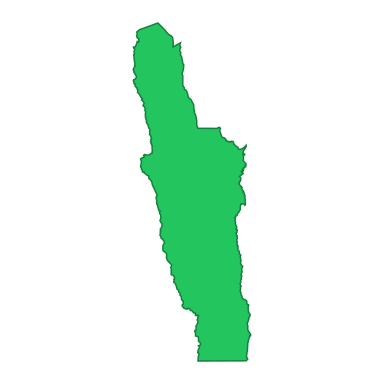 outline of Paclin, Catamarca, Argentina
{"feature_id": "61730980B62302984984112", "entity_name": "Paclin", "entity_type": "district", "adm_level": 2, "iso_a3": "ARG", "parent_name": "Argentina", "parent_adm1": "Catamarca", "projection": "mercator", "projection_center": [-65.679, -28.096], "detail": "fine", "context": "isolated", "style": "filled", "palette": "green", "viewbox_px": 384, "rotation_deg": 0, "n_neighbors": 0, "source": "geoboundaries", "source_scale": "gbopen_adm2", "svg_char_len": 6041}
<svg xmlns="http://www.w3.org/2000/svg" viewBox="0 0 384 384"><path d="M246.1,145.2L244.9,146.8L242.2,148.8L240.0,149.4L238.8,149.3L238.3,148.9L237.9,147.3L235.7,145.9L234.0,144.1L233.1,141.5L231.2,141.3L230.8,142.1L229.9,141.6L229.0,142.0L228.6,141.5L227.0,141.2L226.3,140.1L225.7,140.3L225.4,138.9L224.7,138.1L223.7,137.6L222.4,137.6L221.7,136.5L219.7,130.5L219.7,129.9L220.5,128.6L219.7,127.4L218.2,127.6L217.4,128.3L216.7,128.4L197.7,128.3L196.6,124.0L196.8,121.7L196.4,118.3L195.3,114.2L194.1,112.2L194.6,111.0L194.1,109.8L193.7,107.4L193.8,105.1L191.0,99.6L188.3,97.4L187.8,94.5L186.4,90.6L184.5,89.4L184.3,87.7L183.4,86.6L182.8,85.0L182.8,75.7L181.9,73.9L183.3,69.8L183.8,65.0L182.7,63.3L182.6,61.4L181.4,56.3L180.3,54.7L180.8,53.3L180.5,51.9L179.5,50.4L180.8,47.1L179.9,46.0L179.9,44.7L180.5,42.8L173.2,46.9L173.2,41.8L172.5,37.3L171.1,35.8L168.9,34.6L166.5,32.2L165.6,30.8L157.9,23.0L139.7,29.6L136.8,32.0L137.2,34.6L136.6,35.6L136.8,36.8L137.5,38.1L138.8,38.7L138.7,40.8L139.0,41.7L138.6,42.2L137.2,41.5L136.8,43.4L135.3,46.7L134.6,47.3L133.5,47.0L133.5,47.4L134.1,48.8L134.7,49.2L134.0,51.9L134.4,53.5L134.3,54.2L133.7,54.6L134.2,57.4L134.0,58.1L134.5,60.4L134.3,61.0L134.9,63.3L134.7,65.5L135.0,66.1L133.4,68.9L133.3,69.9L133.7,70.4L133.9,72.4L134.9,73.4L135.0,74.3L136.3,75.8L136.4,77.3L135.3,79.0L133.6,79.8L133.3,80.5L133.9,81.9L133.8,82.6L134.1,82.9L134.0,83.4L134.4,84.0L135.3,84.1L135.0,84.8L135.2,86.4L135.7,86.4L136.0,87.1L137.0,87.8L137.0,89.0L137.8,89.6L137.5,92.3L139.6,94.6L140.6,96.8L141.9,98.2L142.0,98.7L141.7,99.7L142.2,99.5L142.0,100.1L143.8,102.5L144.1,103.3L143.0,105.4L143.2,106.0L144.4,106.7L145.3,109.2L144.8,110.3L145.7,111.8L145.3,113.9L145.5,117.6L146.6,120.8L146.3,121.4L146.6,122.9L147.8,124.5L148.8,128.0L150.0,129.8L149.6,131.9L149.9,133.3L149.5,134.6L150.6,135.4L150.7,136.6L151.2,137.1L151.2,137.8L151.6,138.7L150.6,139.4L151.1,141.1L150.6,141.7L151.0,141.8L151.3,142.4L151.0,143.7L151.7,144.2L151.7,145.0L152.3,146.3L152.0,147.1L152.4,151.2L152.0,151.9L152.2,153.2L151.3,153.4L148.9,155.1L145.9,155.0L145.4,154.6L144.4,154.5L143.6,155.4L144.2,156.1L144.0,157.3L142.3,157.6L141.8,158.2L140.8,158.6L140.6,159.7L141.3,160.7L141.4,161.8L141.0,164.8L140.6,165.5L140.7,166.8L141.4,168.2L141.5,169.4L142.2,169.8L142.5,172.0L144.0,171.9L144.1,173.0L146.1,174.3L147.0,175.3L148.6,176.0L149.0,176.7L148.8,177.6L149.0,178.7L150.7,180.0L151.9,182.1L152.2,184.3L153.5,187.4L154.3,188.3L154.4,189.3L156.8,194.3L157.0,196.0L156.4,196.5L156.1,197.7L156.7,200.7L156.7,204.0L157.5,204.7L157.5,205.9L158.2,207.4L158.0,207.9L158.5,208.4L158.6,210.0L159.3,211.0L160.2,211.1L159.5,212.1L159.6,213.3L160.7,215.0L160.9,217.9L160.0,220.6L160.7,222.2L161.9,223.7L162.1,225.4L161.5,227.5L160.3,229.1L160.4,230.2L160.8,230.7L160.1,231.9L160.5,233.2L159.9,235.0L160.8,236.6L161.2,238.5L162.3,238.7L163.0,240.0L163.7,240.5L164.4,242.3L164.3,243.2L162.9,245.6L162.9,249.9L163.2,251.0L165.0,252.1L166.7,254.0L166.4,258.0L166.8,258.4L167.1,259.6L167.9,261.1L168.8,261.4L168.9,262.2L171.5,264.6L171.5,265.8L170.7,267.7L171.2,268.4L171.4,269.8L171.1,270.9L171.4,272.6L171.1,273.0L171.3,273.3L171.2,274.5L171.5,274.9L172.7,275.0L174.4,276.8L174.5,278.9L173.8,279.3L174.1,279.8L173.7,282.2L174.9,283.2L175.5,284.1L176.4,286.1L176.4,286.9L177.2,289.3L178.5,290.3L178.8,292.2L179.9,292.9L180.1,295.3L180.9,296.0L181.4,297.6L181.4,299.0L181.8,299.4L181.8,300.1L183.3,301.3L183.1,304.3L182.2,304.8L182.2,306.0L184.1,308.4L186.4,309.1L186.9,308.8L187.6,309.0L187.9,308.3L189.5,308.6L190.5,310.5L191.5,310.4L193.9,313.0L195.3,312.9L195.5,315.5L196.8,315.6L197.2,315.0L197.8,315.0L198.1,315.2L198.6,316.2L197.8,317.1L197.9,318.5L197.1,319.7L197.8,321.1L198.0,322.3L196.9,324.9L196.0,325.9L196.2,329.9L194.9,330.5L194.7,331.5L195.6,333.0L195.5,336.0L197.6,336.4L198.1,336.8L198.5,338.2L198.5,341.4L199.9,342.2L200.5,344.1L200.0,345.4L198.5,345.6L199.5,347.0L198.0,350.7L197.7,352.9L198.9,353.3L199.0,354.8L198.4,355.7L198.0,361.0L246.2,360.8L247.7,359.2L247.4,358.2L246.5,357.1L246.9,353.2L246.6,352.5L247.3,351.7L247.4,350.9L247.8,342.4L248.2,341.9L248.6,339.4L249.4,337.7L249.3,336.7L249.6,335.9L250.0,336.2L250.5,335.9L250.7,334.5L249.1,332.1L248.6,331.7L247.7,329.4L247.8,325.8L247.1,323.7L248.7,319.9L248.5,318.5L249.1,318.1L249.2,317.0L250.0,316.0L250.1,314.8L249.9,314.0L248.6,312.4L248.1,307.5L248.7,305.2L248.3,304.6L247.4,304.5L246.9,303.6L246.7,300.9L245.1,299.7L243.9,299.4L242.3,298.1L241.9,296.0L240.7,294.1L241.0,293.1L240.8,292.0L240.1,291.2L240.6,288.5L240.4,287.2L240.6,286.6L241.1,286.4L240.3,284.7L240.1,283.3L240.6,282.8L240.8,279.7L241.4,279.1L241.3,277.2L241.8,276.0L241.0,274.9L242.2,271.7L241.5,269.1L242.4,267.3L242.6,266.1L242.0,266.0L241.1,264.4L240.6,264.0L240.8,263.8L240.5,262.4L241.1,260.5L240.7,259.7L240.3,256.3L240.8,255.1L239.5,253.9L239.3,252.1L238.7,250.4L237.9,249.8L237.7,248.8L238.1,247.7L237.6,247.0L237.9,245.9L237.3,245.9L237.2,244.1L236.8,243.3L237.3,241.8L236.7,241.2L236.9,239.1L237.4,238.0L237.0,236.6L237.2,235.7L236.5,235.2L236.3,234.6L236.2,232.5L236.9,232.2L237.0,230.7L237.4,230.1L237.3,229.7L236.0,229.0L236.7,227.3L235.2,223.1L235.6,222.2L235.0,220.4L235.3,218.4L234.7,217.7L235.6,217.1L236.0,215.5L236.7,215.6L237.1,215.1L238.2,212.4L238.9,212.2L239.0,211.5L240.3,209.7L240.3,205.8L240.9,205.1L240.8,204.3L241.5,204.1L241.5,203.8L243.5,204.0L244.7,204.5L244.9,205.2L245.5,204.6L245.1,199.9L245.3,199.6L244.9,197.9L245.0,195.8L244.4,195.3L244.6,194.8L244.1,193.0L243.4,192.9L243.5,191.4L243.0,191.6L242.6,189.9L241.5,188.6L241.4,188.2L242.1,187.5L239.2,184.3L239.4,183.5L239.1,182.1L239.3,181.7L240.0,181.7L240.6,180.6L240.8,178.3L240.5,177.5L239.5,176.4L243.2,173.6L242.6,173.0L242.1,173.2L241.8,172.8L241.9,172.2L241.5,171.6L242.9,171.5L243.2,170.7L242.2,170.0L242.7,169.2L243.6,169.4L243.4,167.8L244.3,167.8L244.7,167.2L245.7,166.7L245.1,165.8L245.9,165.5L246.0,163.7L244.2,161.9L243.2,160.3L243.5,159.4L243.2,156.3L244.7,154.7L244.7,154.2L243.8,153.7L242.8,154.0L243.7,150.1L244.5,149.5L245.5,147.6L246.3,146.0L246.1,145.2Z" fill="#22c55e" stroke="#15803d" stroke-width="1.5"/></svg>